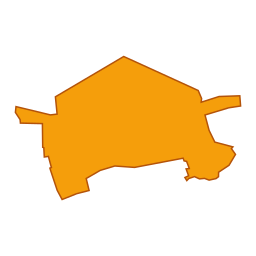 outline of Drogheda Urban Lea-6, Meath, Ireland
{"feature_id": "5873133B90869984679235", "entity_name": "Drogheda Urban Lea-6", "entity_type": "district", "adm_level": 2, "iso_a3": "IRL", "parent_name": "Ireland", "parent_adm1": "Meath", "projection": "mercator", "projection_center": [-6.346, 53.714], "detail": "fine", "context": "isolated", "style": "filled", "palette": "amber", "viewbox_px": 256, "rotation_deg": 0, "n_neighbors": 0, "source": "geoboundaries", "source_scale": "gbopen_adm2", "svg_char_len": 765}
<svg xmlns="http://www.w3.org/2000/svg" viewBox="0 0 256 256"><path d="M16.0,106.6L15.4,112.4L20.1,119.6L20.4,123.1L42.4,123.6L42.7,147.3L43.8,147.7L44.3,157.0L48.4,156.4L51.4,167.5L49.9,168.1L50.5,170.1L57.2,190.3L62.1,199.5L76.6,193.7L89.1,190.5L86.2,178.5L100.2,170.4L114.8,166.0L134.6,167.4L183.1,158.2L184.1,160.9L186.6,161.4L189.3,168.5L186.1,168.9L188.6,175.8L184.9,177.5L186.8,180.6L188.8,178.5L194.5,176.6L199.5,178.9L204.5,178.4L209.1,180.1L216.0,178.6L218.5,176.7L218.6,172.2L229.0,165.3L235.5,154.4L231.4,148.6L232.9,146.9L214.8,142.1L209.1,130.4L205.0,115.0L228.7,107.8L240.6,106.0L239.8,95.8L219.1,96.5L201.2,102.2L201.6,98.5L198.2,90.5L123.7,56.5L55.4,96.8L57.1,114.1L50.4,114.9L16.0,106.6Z" fill="#f59e0b" stroke="#b45309" stroke-width="1.5"/></svg>